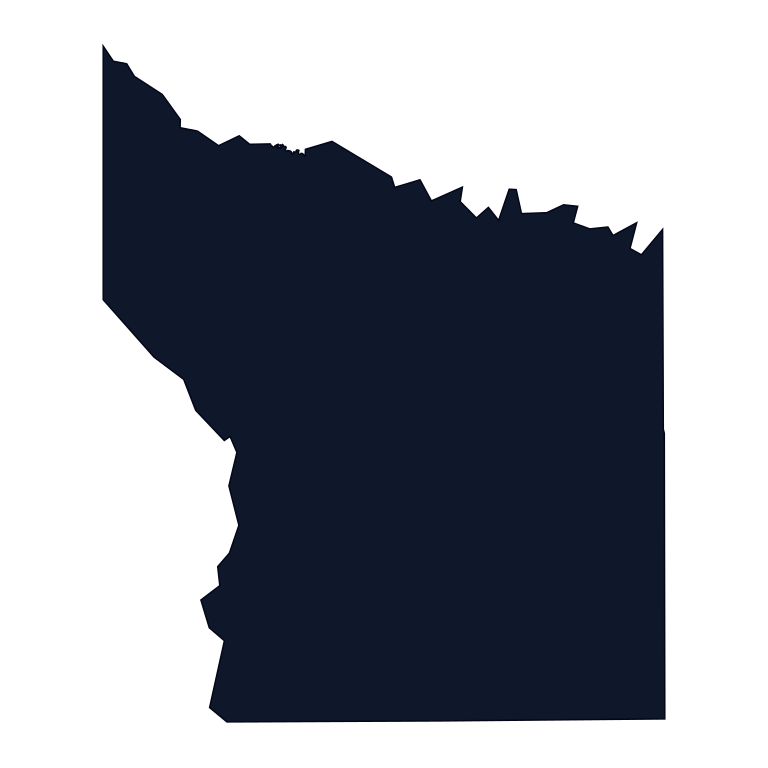 outline of Smith, Texas, United States of America
{"feature_id": "52423323B77803099717971", "entity_name": "Smith", "entity_type": "district", "adm_level": 2, "iso_a3": "USA", "parent_name": "United States of America", "parent_adm1": "Texas", "projection": "equal_earth", "projection_center": [-95.37, 32.411], "detail": "fine", "context": "isolated", "style": "filled", "palette": "ink", "viewbox_px": 768, "rotation_deg": 0, "n_neighbors": 0, "source": "geoboundaries", "source_scale": "gbopen_adm2", "svg_char_len": 2515}
<svg xmlns="http://www.w3.org/2000/svg" viewBox="0 0 768 768"><path d="M662.6,229.4L641.4,254.8L630.0,248.5L636.7,222.7L613.0,235.5L607.9,227.0L589.8,228.9L573.3,222.9L577.7,206.3L563.6,204.8L546.7,212.7L521.5,213.6L516.2,189.6L509.2,189.2L498.6,220.4L488.4,207.4L476.4,218.0L460.2,201.6L462.4,187.1L431.4,200.9L420.0,179.8L394.7,187.4L391.5,177.1L332.0,141.4L305.4,149.3L305.2,155.7L305.0,155.8L304.6,155.7L304.2,155.4L303.0,154.0L302.8,153.8L302.2,153.5L302.1,153.4L301.5,153.4L301.0,153.4L300.2,154.2L299.9,154.4L299.2,154.6L298.8,154.4L298.7,154.1L298.6,153.8L298.6,152.6L298.3,151.5L298.4,151.4L298.8,151.1L299.0,150.8L299.0,150.6L298.8,150.3L298.6,150.2L297.9,150.1L297.2,149.9L296.8,150.0L296.4,150.3L296.2,150.5L296.2,150.8L296.3,151.1L296.2,151.7L296.2,151.9L295.9,152.1L295.6,152.1L294.5,151.9L294.1,151.9L293.7,151.9L293.5,152.2L293.4,152.5L293.4,153.0L292.8,153.7L292.6,153.9L292.1,154.0L291.7,153.9L291.4,153.6L291.4,153.4L291.6,153.0L291.6,152.6L291.5,152.3L291.1,151.7L290.7,151.3L290.2,151.0L288.9,150.8L287.9,150.5L287.5,150.6L287.4,150.9L287.2,151.0L286.9,151.1L286.4,151.0L286.1,150.9L285.9,150.8L285.2,150.1L285.1,149.7L285.6,149.2L285.7,148.8L286.0,148.2L286.1,147.9L286.1,147.3L286.0,147.0L285.8,146.7L285.5,146.5L284.9,146.5L283.9,146.4L283.6,146.3L283.4,146.0L283.3,145.2L282.7,144.8L282.6,144.7L282.4,145.2L282.2,145.3L281.9,145.2L281.9,146.0L282.0,146.9L281.9,147.0L281.7,147.0L281.3,146.6L281.1,146.2L280.9,145.5L280.6,144.9L280.2,144.9L280.1,145.0L280.3,145.8L280.4,146.4L280.5,147.2L280.9,147.8L280.9,148.1L280.7,148.4L280.2,148.4L279.7,148.1L279.4,147.8L279.1,147.4L278.7,147.4L278.3,147.5L277.5,148.0L277.3,148.1L277.1,147.9L277.0,147.6L277.0,147.3L277.0,146.9L277.2,146.5L277.7,146.0L278.1,146.0L278.4,145.9L278.7,145.4L278.8,145.1L278.7,144.7L278.4,144.3L278.2,144.3L277.9,144.3L277.2,144.8L276.6,144.8L276.4,144.9L276.0,145.3L275.4,145.8L275.0,145.8L274.8,146.0L274.7,146.5L274.5,146.8L274.2,147.0L272.9,146.9L272.6,147.0L272.3,146.9L272.4,146.4L272.3,146.2L271.8,146.0L271.2,145.6L270.9,145.1L270.6,144.3L270.4,144.1L270.2,143.9L249.7,144.3L239.2,135.8L218.6,145.7L197.5,131.1L180.1,127.7L180.3,119.5L162.3,94.5L134.4,76.4L126.7,63.8L113.3,61.2L103.2,46.1L103.2,299.7L154.0,357.1L183.7,379.4L195.7,410.3L224.3,440.5L230.1,436.5L236.9,452.4L228.9,485.9L238.9,525.3L229.4,553.1L217.7,566.6L219.8,585.6L200.9,600.0L209.3,627.8L224.4,640.7L209.6,707.6L226.9,721.9L440.8,720.9L664.8,718.9L664.3,433.3L663.3,429.1L662.6,229.4Z" fill="#0f172a" stroke="#020617" stroke-width="1.5"/></svg>